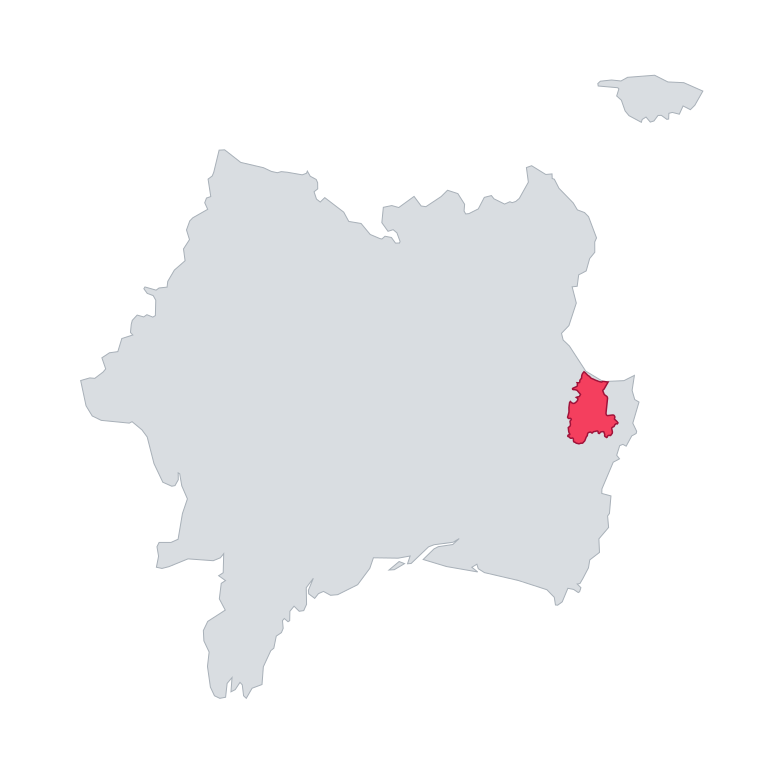 Aude highlighted on a map of France, rotated 273°
{"feature_id": "FRA-5271", "entity_name": "Aude", "entity_type": "Metropolitan department", "adm_level": 1, "iso_a3": "FRA", "parent_name": "France", "parent_adm1": "", "projection": "albers", "projection_center": [2.266, 43.047], "detail": "fine", "context": "in_parent", "style": "filled", "palette": "rose", "viewbox_px": 768, "rotation_deg": 273, "n_neighbors": 0, "source": "natural_earth", "source_scale": "10m", "svg_char_len": 6598}
<svg xmlns="http://www.w3.org/2000/svg" viewBox="0 0 768 768"><g transform="rotate(273 384 384)"><path d="M592.6,296.3L587.6,299.5L584.7,305.6L581.5,307.2L575.4,307.6L572.3,304.1L565.1,306.9L562.4,310.8L567.0,315.1L553.5,334.8L544.5,340.3L543.1,352.7L532.6,362.4L529.0,372.3L528.7,374.3L531.6,377.3L530.7,383.7L525.3,388.1L525.6,392.1L527.2,392.6L535.6,389.0L538.6,385.1L536.7,380.0L545.0,373.4L560.4,374.1L562.6,382.4L561.0,389.5L572.9,404.2L563.7,411.8L563.3,416.6L574.2,431.3L580.8,437.3L578.0,447.8L567.7,455.1L560.9,454.9L558.1,456.7L558.6,459.9L563.8,469.0L575.6,474.4L577.8,481.4L574.7,484.1L570.0,495.0L572.6,500.2L571.8,502.5L573.2,506.0L576.4,509.4L593.1,517.6L607.6,514.9L609.7,520.0L601.7,534.6L602.6,540.8L598.0,541.2L597.4,543.4L588.6,548.5L574.7,563.5L568.0,568.0L565.7,575.3L561.8,579.5L541.0,588.6L536.9,587.0L526.6,587.6L520.0,582.8L507.5,580.0L503.2,572.7L491.7,571.8L490.9,566.8L474.9,571.8L452.0,565.6L443.9,558.6L437.3,560.6L431.6,567.2L407.4,584.8L397.9,602.7L399.9,623.4L405.7,633.6L390.6,632.1L381.6,635.2L379.3,639.6L357.9,634.5L350.0,638.8L347.8,638.4L345.1,634.1L334.6,629.1L336.2,625.7L334.8,622.6L325.0,620.1L321.6,623.1L317.9,617.0L290.6,607.1L286.1,607.2L284.1,616.5L266.5,615.9L263.9,614.2L252.5,615.8L240.6,606.7L227.1,608.0L219.1,598.7L211.1,597.8L200.0,592.7L195.0,590.1L194.4,587.4L190.9,591.3L186.8,590.2L185.9,588.9L188.8,584.1L189.6,578.3L175.8,573.4L172.2,569.0L172.3,566.8L179.9,565.2L187.1,557.4L194.8,528.5L200.9,494.2L204.5,487.8L208.9,486.2L205.6,481.3L201.2,487.4L205.0,455.9L210.8,432.3L221.9,442.5L224.4,446.8L227.3,461.1L233.6,467.2L229.6,461.3L226.1,442.4L223.7,437.0L206.2,420.5L205.7,416.9L213.6,419.1L210.8,407.2L209.9,382.5L199.2,379.5L182.2,368.2L171.2,348.8L170.2,341.7L173.7,334.4L171.2,329.5L166.3,326.0L170.5,319.8L174.1,319.3L186.3,323.6L176.5,317.0L159.9,318.2L153.5,315.7L152.6,311.2L157.4,305.8L152.1,301.9L142.7,302.2L141.6,300.6L144.6,296.7L142.4,295.0L134.7,296.1L130.4,294.6L126.6,289.6L114.4,287.8L111.8,284.9L95.3,278.3L77.5,277.9L73.3,268.2L62.9,262.9L65.3,260.1L76.2,258.2L78.5,255.8L71.0,251.4L68.6,247.3L82.9,247.6L76.8,243.0L62.9,242.2L61.5,236.5L63.8,231.0L72.2,226.5L92.7,222.5L107.2,223.4L118.0,217.6L128.3,216.5L137.7,220.4L149.9,237.3L160.8,230.8L176.4,231.9L179.4,236.0L183.9,228.9L187.1,233.3L206.2,232.8L201.9,229.7L198.6,222.7L199.1,197.4L190.3,178.7L188.2,171.9L189.1,166.3L200.2,167.9L209.6,165.8L214.0,167.7L214.6,179.5L218.2,186.5L244.1,189.5L259.0,193.7L271.7,187.4L283.6,184.7L284.5,183.1L277.7,183.6L271.6,180.6L270.8,177.4L274.3,168.3L292.4,158.5L318.7,150.3L325.5,144.7L333.2,134.4L331.6,131.7L332.9,103.5L336.8,94.3L346.6,87.6L371.6,80.9L374.7,89.9L374.5,94.9L381.2,102.8L384.5,105.3L395.4,100.9L400.8,108.2L402.4,116.5L415.7,119.8L419.8,130.6L422.2,128.1L430.5,128.5L434.4,129.3L439.9,133.9L438.4,140.5L440.8,143.6L438.7,149.6L440.3,152.1L455.7,151.7L460.2,148.9L462.1,142.8L466.6,139.2L468.4,140.2L465.8,151.5L468.1,154.3L469.4,162.3L475.2,162.7L486.8,168.7L496.7,178.9L508.4,176.7L518.0,182.2L527.5,178.7L536.7,181.5L540.0,184.4L549.2,198.8L555.6,195.5L560.4,197.0L562.1,201.2L579.4,197.6L582.8,201.6L586.5,202.9L608.9,207.1L609.5,212.6L597.8,229.3L593.7,252.3L590.4,260.4L589.4,266.4L590.7,270.3L590.4,276.5L588.6,291.4L590.4,295.6L592.6,296.3ZM699.5,595.3L699.0,604.8L703.0,611.2L706.5,638.1L700.5,651.7L700.6,667.6L693.2,687.1L678.6,679.8L674.0,675.6L677.3,668.1L668.9,664.8L670.3,657.7L669.2,654.3L663.5,654.4L663.1,652.6L666.8,646.9L666.5,643.6L660.8,639.8L659.5,636.2L664.3,631.7L661.7,628.0L658.8,627.3L664.8,614.6L669.3,610.5L679.8,606.2L683.8,601.3L691.0,603.1L692.1,601.9L692.8,582.3L695.2,581.8L697.7,584.2L699.5,595.3ZM207.5,408.4L205.7,413.9L199.1,404.0L198.5,398.7L207.5,408.4Z" fill="#d9dde1" stroke="#a8b0b8" stroke-width="1"/><path d="M406.7,583.1L405.9,584.1L405.6,584.7L405.0,585.2L404.5,585.9L403.7,586.6L403.1,587.4L402.5,588.5L401.7,589.4L400.7,590.4L400.2,591.6L399.9,592.6L399.4,593.8L398.7,595.5L398.4,596.7L398.0,597.7L397.6,599.5L397.3,600.9L397.4,601.5L398.0,601.9L398.1,603.2L397.7,607.0L397.7,607.7L390.4,604.0L389.2,602.9L388.7,602.8L385.3,604.4L384.6,605.1L383.4,607.0L382.8,607.6L381.6,608.0L366.2,607.2L364.6,607.8L364.1,608.8L365.0,613.7L365.0,614.7L364.7,615.4L363.7,616.1L363.0,616.3L361.6,616.0L361.0,616.0L358.7,618.7L357.4,619.7L356.3,618.9L356.5,618.5L356.5,618.1L356.3,617.6L355.9,617.2L355.4,616.7L354.9,616.5L354.0,616.1L353.6,615.9L353.3,615.4L352.9,614.7L352.6,614.2L352.1,613.8L351.6,613.7L351.2,613.8L348.2,614.6L347.3,614.6L346.9,614.5L346.5,614.4L345.4,613.6L345.0,613.4L344.7,613.2L344.4,612.9L344.4,612.3L344.5,611.8L344.5,611.2L344.3,610.8L343.9,610.2L343.5,609.9L343.1,609.8L342.7,609.7L342.4,609.5L342.2,609.1L342.5,608.6L342.8,608.1L343.0,607.7L343.3,607.3L343.6,607.1L344.0,607.0L344.8,607.1L345.3,607.0L347.5,606.1L347.8,605.9L347.9,605.5L347.9,605.1L347.6,603.4L347.4,602.9L347.1,602.5L346.1,601.9L345.8,601.5L345.9,601.1L346.1,600.7L346.5,600.5L347.4,600.3L347.8,600.2L348.1,599.9L348.2,599.5L348.2,598.9L347.7,597.4L347.5,596.4L347.4,595.9L347.1,595.5L346.2,594.8L345.9,594.4L346.0,594.1L346.2,593.7L346.5,593.4L346.7,593.0L346.8,592.5L346.6,591.8L346.4,591.2L346.1,590.7L345.6,590.2L345.1,589.9L343.8,589.8L343.0,589.7L341.9,588.9L341.2,588.6L338.1,587.6L337.7,587.4L337.3,587.1L336.3,586.2L335.9,585.9L335.5,585.6L335.3,585.2L335.2,584.1L335.1,583.4L334.6,582.2L334.5,581.7L334.8,580.2L334.9,579.3L335.1,578.8L335.8,577.9L335.9,577.5L335.9,577.1L336.1,576.7L336.7,576.3L337.8,576.1L339.1,576.0L339.5,575.8L339.9,575.3L339.9,575.0L339.9,574.7L339.7,574.3L339.6,573.9L339.6,573.4L339.7,573.0L339.9,572.6L340.3,572.2L340.6,571.8L340.9,571.5L341.1,571.1L341.1,570.7L341.3,570.4L341.7,570.2L342.5,570.5L342.8,570.8L342.9,571.2L342.9,571.6L343.0,572.0L343.3,572.2L343.7,572.2L344.5,571.7L344.9,571.4L346.4,570.9L350.1,570.3L351.6,571.9L352.0,572.1L352.4,572.2L352.9,572.3L353.4,572.3L354.1,572.2L355.8,571.8L356.4,571.7L357.1,572.0L358.0,572.7L358.4,572.9L358.8,572.8L359.2,572.4L359.4,572.1L359.5,571.6L359.2,570.8L359.2,570.4L359.3,570.1L359.6,569.7L359.9,569.3L360.3,569.1L360.8,569.1L361.8,569.4L365.7,570.2L370.1,569.9L375.1,570.3L376.3,571.0L375.1,572.4L374.5,573.8L374.7,575.2L375.8,576.6L377.1,577.7L378.4,578.4L379.6,578.3L380.7,576.7L381.2,577.8L381.4,578.9L381.8,579.7L382.8,580.3L383.9,580.8L387.8,577.1L388.3,575.2L388.3,573.4L388.5,572.7L389.2,572.5L389.7,572.9L391.6,576.6L392.1,577.0L392.9,577.2L395.1,577.0L395.4,576.8L395.4,578.3L395.8,579.2L396.5,579.4L397.5,579.4L398.1,579.5L399.7,580.6L400.4,580.9L400.4,581.0L402.4,581.0L404.1,581.4L405.4,582.1L406.7,583.1Z" fill="#f43f5e" stroke="#9f1239" stroke-width="1.5"/></g></svg>